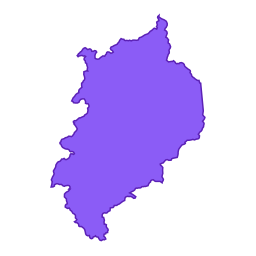 outline of Eldorado, São Paulo, Brazil
{"feature_id": "56859067B14328004408420", "entity_name": "Eldorado", "entity_type": "district", "adm_level": 2, "iso_a3": "BRA", "parent_name": "Brazil", "parent_adm1": "São Paulo", "projection": "albers", "projection_center": [-48.263, -24.501], "detail": "fine", "context": "isolated", "style": "filled", "palette": "violet", "viewbox_px": 256, "rotation_deg": 0, "n_neighbors": 0, "source": "geoboundaries", "source_scale": "gbopen_adm2", "svg_char_len": 5703}
<svg xmlns="http://www.w3.org/2000/svg" viewBox="0 0 256 256"><path d="M105.8,239.0L105.1,237.4L103.8,236.2L104.1,234.2L105.7,233.8L106.0,232.7L107.6,232.5L107.6,231.2L108.2,230.1L107.9,229.0L106.5,227.3L106.2,225.9L106.4,224.8L105.4,224.2L104.3,224.2L104.0,221.9L104.4,220.3L103.6,217.4L102.2,217.1L102.2,214.8L103.0,213.4L104.5,212.8L106.0,213.1L107.2,212.7L108.2,211.5L110.0,210.7L110.3,207.9L113.1,207.5L113.9,206.6L114.2,205.5L116.8,205.4L117.7,204.6L119.3,204.0L121.9,202.0L123.6,200.9L124.7,200.5L124.8,199.1L125.2,197.5L126.0,196.8L127.7,196.3L129.1,196.6L130.3,196.4L131.4,196.7L132.3,197.2L133.7,198.3L135.1,198.1L135.8,196.7L132.5,194.3L129.7,192.9L132.1,191.5L133.5,190.9L134.8,189.8L135.4,188.5L136.3,188.1L137.4,188.2L138.4,187.9L139.7,187.9L140.7,187.8L142.0,186.6L143.3,186.7L144.2,186.4L145.2,186.5L146.3,186.2L148.0,185.7L148.6,184.1L149.4,182.8L150.5,182.0L150.8,180.6L152.2,179.9L153.4,179.8L154.5,180.9L155.6,181.4L160.1,181.4L162.1,182.8L162.3,181.7L163.1,180.7L163.4,179.3L162.0,176.8L162.3,175.0L162.8,173.5L162.6,170.0L162.8,167.5L161.6,166.0L160.6,165.3L160.2,164.1L162.0,163.2L163.2,162.9L165.6,160.0L167.2,159.6L168.8,160.3L171.1,160.2L171.7,158.8L172.8,158.3L176.2,157.6L177.2,157.4L177.7,155.9L178.1,153.9L178.1,152.2L178.4,150.6L178.7,149.4L179.6,148.0L181.1,146.0L182.2,144.8L184.0,144.3L185.3,143.5L184.9,142.3L186.0,141.4L187.1,140.3L189.6,140.2L191.1,139.9L193.0,139.4L194.3,139.9L195.5,139.5L196.7,139.0L197.7,139.0L198.8,138.5L199.3,137.5L199.5,135.7L198.3,134.2L200.2,131.7L201.1,131.2L202.0,129.9L202.5,128.2L203.5,126.9L203.7,125.2L204.1,123.8L203.8,122.8L202.6,121.2L203.8,119.8L204.5,118.7L204.9,117.3L203.9,116.4L202.7,114.8L203.3,110.9L200.8,84.7L200.7,83.2L199.7,82.9L199.0,80.4L198.0,80.5L196.9,80.1L195.0,78.8L194.2,78.0L193.1,77.3L191.8,76.1L191.5,74.7L190.9,73.6L190.0,72.7L190.4,71.7L190.2,70.6L189.3,69.8L188.1,69.1L184.9,66.5L184.5,65.6L184.2,64.5L183.4,63.5L182.5,63.0L181.4,62.6L179.9,62.8L179.0,63.7L177.9,63.4L176.9,63.8L175.8,63.3L174.9,61.9L173.5,60.7L172.5,61.5L171.5,61.4L168.5,61.9L166.5,60.2L167.0,58.6L167.2,57.3L167.8,56.0L168.2,54.5L169.2,53.1L169.3,51.9L169.0,50.5L169.4,49.3L170.2,48.1L170.6,46.8L170.2,45.6L169.4,43.8L168.2,43.0L168.2,41.2L168.6,40.0L167.9,39.0L167.1,37.9L165.8,37.2L167.2,33.3L166.9,31.8L165.9,30.7L164.6,30.0L165.2,28.3L166.1,27.5L167.2,25.2L167.2,23.4L166.3,21.3L165.0,20.4L164.1,19.8L161.9,18.9L161.0,18.4L159.8,17.6L158.8,16.7L159.0,15.4L157.8,16.5L157.6,17.6L158.4,18.9L158.9,20.7L157.7,21.3L156.7,22.1L157.0,23.9L157.4,24.9L156.5,26.7L157.3,27.7L156.7,29.1L155.6,28.6L154.2,28.2L151.6,30.5L150.1,31.4L149.3,32.5L147.9,33.8L145.0,34.8L141.4,37.1L139.4,37.7L138.8,38.7L138.3,39.9L136.9,40.3L133.8,40.1L132.6,40.2L131.6,40.8L130.6,40.7L129.6,40.2L128.7,40.7L126.6,40.4L125.5,40.6L124.4,40.3L123.9,39.3L122.3,39.2L121.1,38.6L119.7,40.3L119.2,41.5L118.6,42.4L117.7,43.3L117.2,44.2L116.0,44.8L114.2,45.5L113.0,46.3L111.0,47.1L110.4,48.5L111.0,49.8L112.4,50.6L113.3,52.1L112.3,52.8L110.9,53.3L109.2,52.1L107.7,51.9L106.7,52.5L106.4,53.9L105.5,54.8L104.7,56.2L102.9,55.9L101.5,56.9L100.5,57.5L99.1,58.9L97.8,59.2L96.2,58.9L95.2,58.4L95.0,57.3L94.9,55.8L95.4,53.9L96.0,52.9L96.7,52.1L95.8,50.8L94.5,50.6L93.4,51.3L91.8,51.3L91.4,50.0L90.5,49.1L89.3,48.9L88.5,49.4L87.4,49.5L86.5,48.5L85.1,47.7L83.4,48.5L82.7,49.4L81.3,51.5L80.4,51.9L79.6,53.0L78.5,53.7L78.0,54.7L77.2,55.6L78.1,56.7L79.1,56.0L81.2,55.5L82.3,55.5L83.3,56.1L84.5,55.9L85.6,56.4L84.9,57.3L84.2,58.1L84.1,59.7L85.2,60.7L85.5,62.9L86.6,63.5L86.9,65.2L87.6,67.5L87.2,69.5L87.7,71.0L86.6,70.8L83.9,71.7L83.8,74.6L84.5,76.7L84.8,78.4L84.4,79.9L83.2,81.1L82.7,82.4L81.6,83.2L81.6,85.3L81.9,87.3L80.5,88.4L79.2,89.6L78.7,91.2L78.8,92.7L77.4,93.3L76.3,94.1L75.4,95.1L74.6,96.4L73.2,97.8L71.7,101.0L73.0,101.6L73.5,102.7L75.4,103.0L77.4,103.0L79.0,102.2L79.6,100.6L80.9,99.3L82.9,98.8L84.3,99.0L85.2,100.5L85.6,101.8L85.5,103.3L86.4,103.7L88.0,103.7L88.7,104.8L89.1,106.1L88.6,107.3L87.6,108.2L88.0,110.2L87.7,111.7L87.5,112.9L86.7,113.8L84.7,115.0L84.2,116.0L83.1,116.6L81.8,117.1L80.6,117.8L79.2,117.9L76.0,120.7L74.7,120.6L73.4,121.4L73.5,122.5L74.5,123.0L73.9,123.9L75.0,125.2L76.0,126.6L77.3,128.9L76.7,130.1L75.6,131.5L74.4,132.5L74.1,133.7L73.2,134.8L72.6,135.8L71.5,136.6L70.1,136.3L68.6,136.2L67.7,137.0L66.5,137.5L65.3,137.7L64.4,138.5L63.1,139.0L61.9,139.3L61.1,140.5L60.9,141.8L60.0,142.4L60.0,143.7L61.0,144.3L61.5,145.8L62.6,147.4L63.6,147.9L64.5,148.5L66.2,149.1L67.3,149.0L68.6,149.6L69.4,150.2L69.8,151.2L70.7,151.8L71.9,151.4L73.6,152.1L74.4,153.7L73.5,154.4L72.2,153.8L70.7,153.9L70.1,154.9L69.8,156.6L68.9,158.0L67.7,158.9L66.6,159.5L65.2,159.5L64.1,158.4L62.8,159.1L61.6,159.1L60.9,160.3L59.9,161.3L58.2,161.8L57.0,163.1L55.9,165.0L55.8,166.2L55.5,167.4L53.4,171.0L53.7,172.4L54.1,173.5L53.8,174.8L52.4,177.2L52.0,178.4L51.4,179.5L51.6,180.7L52.3,181.6L52.0,182.8L51.9,184.1L51.1,187.0L53.0,186.9L54.4,186.1L54.5,184.6L56.7,183.7L57.8,183.8L59.5,184.5L61.4,184.4L63.1,185.9L64.4,186.3L65.3,185.8L66.5,185.6L67.7,185.4L69.3,185.7L70.1,187.1L69.8,188.1L68.9,189.1L70.0,189.2L68.3,191.2L66.8,191.9L65.6,192.8L64.5,194.1L64.4,196.9L66.4,198.9L66.4,200.1L66.6,201.2L67.1,202.5L67.3,203.8L66.3,204.2L65.4,205.2L65.2,207.0L66.7,208.0L67.8,208.5L69.1,208.0L69.9,209.1L70.3,210.3L71.5,211.0L73.0,213.4L74.3,214.0L75.4,215.2L75.5,216.4L75.4,217.9L76.9,219.5L76.1,220.8L74.5,221.7L75.3,222.5L77.2,222.8L78.6,224.2L78.8,226.0L79.8,226.6L81.4,226.5L83.7,228.2L84.7,229.6L85.3,232.0L85.7,234.0L86.5,235.2L87.9,235.8L89.4,235.5L89.7,237.2L90.4,238.3L91.5,238.7L92.6,238.3L93.3,236.9L94.6,236.6L95.5,235.8L96.3,236.8L98.2,237.2L98.9,238.7L100.0,240.2L101.3,240.6L103.1,239.5L104.3,239.8L105.8,239.0Z" fill="#8b5cf6" stroke="#5b21b6" stroke-width="1.5"/></svg>